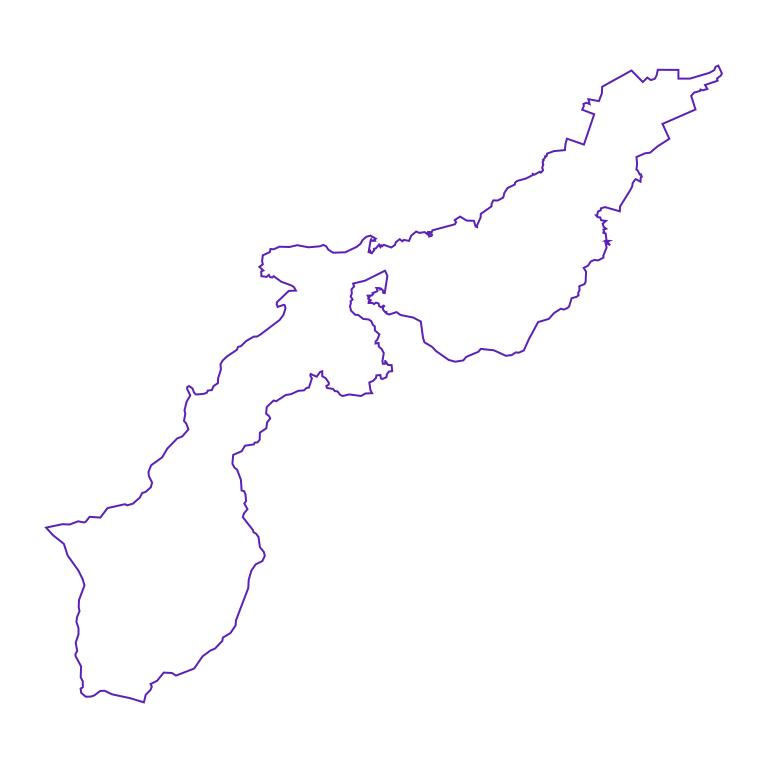 Gura Raului, Sibiu, Romania
{"feature_id": "2599482B41603042595188", "entity_name": "Gura Raului", "entity_type": "district", "adm_level": 2, "iso_a3": "ROU", "parent_name": "Romania", "parent_adm1": "Sibiu", "projection": "mercator", "projection_center": [23.906, 45.675], "detail": "fine", "context": "isolated", "style": "outline", "palette": "violet", "viewbox_px": 768, "rotation_deg": 0, "n_neighbors": 0, "source": "geoboundaries", "source_scale": "gbopen_adm2", "svg_char_len": 6065}
<svg xmlns="http://www.w3.org/2000/svg" viewBox="0 0 768 768"><path d="M46.1,527.6L53.0,535.2L63.9,543.9L67.6,555.4L78.3,570.4L82.6,579.0L84.5,585.4L79.0,600.0L78.7,606.9L79.5,611.2L77.0,617.2L76.4,621.8L78.5,628.1L78.5,634.3L75.7,642.8L77.2,650.8L75.4,654.3L75.6,656.2L81.1,666.4L80.7,677.4L82.8,681.3L82.8,687.3L80.6,688.6L81.2,692.8L85.7,696.7L90.7,696.6L94.2,695.5L100.3,690.9L104.7,690.8L112.0,694.3L130.2,698.2L143.9,702.4L145.7,694.8L150.5,689.9L151.8,686.6L150.6,684.0L157.1,680.8L163.7,672.6L172.0,673.0L176.0,675.6L194.2,668.5L202.5,656.4L210.3,650.6L215.1,648.5L222.3,640.9L222.9,637.6L230.5,633.0L235.6,625.4L236.0,620.3L248.3,588.0L248.7,579.9L251.3,570.8L255.6,564.4L262.4,561.0L264.8,555.9L263.9,552.1L259.9,547.1L258.5,537.0L256.0,533.6L253.5,532.2L252.9,530.0L242.8,517.1L243.9,513.5L247.5,509.2L244.3,503.5L246.1,500.9L245.4,493.9L244.0,491.1L241.6,490.5L240.9,479.7L237.1,469.7L234.4,467.5L232.4,463.8L233.2,454.9L241.7,451.2L245.0,445.7L253.9,444.4L254.7,442.6L257.5,442.4L259.7,439.7L259.9,432.6L266.3,428.3L267.1,422.4L270.2,418.5L269.0,416.0L266.1,413.7L266.8,407.0L273.6,400.5L276.2,401.2L285.8,395.0L291.0,394.2L298.3,390.8L303.9,390.4L306.6,387.9L308.9,387.6L311.9,378.4L310.3,375.8L310.7,374.0L316.7,376.7L320.1,372.0L322.2,371.2L322.3,376.3L325.7,378.2L328.9,382.9L328.7,384.6L326.3,386.1L327.1,388.0L333.0,388.9L334.8,391.1L337.5,391.4L340.1,394.8L342.4,396.0L349.2,394.4L361.0,396.0L365.4,393.5L372.1,393.2L370.5,390.3L369.3,382.5L373.2,380.8L376.0,377.9L376.4,375.4L380.3,375.0L381.0,378.5L382.2,379.0L386.5,377.2L386.9,374.2L389.0,371.5L392.2,371.2L391.6,365.1L388.1,365.0L385.0,360.4L385.4,363.7L382.9,363.8L382.4,361.2L383.8,353.1L381.7,349.1L378.8,346.6L378.6,343.0L375.5,343.5L375.7,341.3L377.3,339.7L379.4,334.4L374.9,330.4L374.8,326.4L372.9,324.9L371.3,321.2L368.7,319.5L363.2,318.9L358.1,314.9L355.2,314.8L351.0,310.6L350.0,306.3L350.9,303.2L350.5,301.4L352.6,299.6L350.7,296.4L351.8,293.6L351.5,289.3L354.1,286.4L353.1,283.6L365.0,280.7L385.0,270.7L387.4,275.8L384.7,293.1L383.2,292.8L382.9,290.3L381.0,288.6L380.1,289.4L379.5,288.1L376.4,288.0L377.6,290.3L377.2,291.3L372.6,293.1L373.2,294.0L371.8,295.5L367.7,295.7L368.3,296.9L369.8,296.5L368.2,298.7L370.7,300.2L370.2,301.5L368.8,301.3L368.6,303.0L372.4,302.9L374.0,304.1L376.0,302.6L378.6,303.5L379.2,306.2L381.3,307.2L383.7,305.6L384.2,306.1L382.7,307.6L383.3,310.0L385.3,312.3L386.4,312.0L386.5,313.5L389.2,314.5L396.6,312.1L400.5,315.0L413.1,317.5L420.8,321.5L423.0,337.6L424.4,342.3L432.0,346.8L436.2,351.2L448.8,360.0L455.3,361.7L463.3,360.4L466.2,356.9L478.3,351.8L480.8,348.9L493.9,350.3L505.9,355.8L511.7,355.1L515.8,352.4L518.8,352.7L523.9,350.4L528.8,339.3L538.1,322.1L548.8,318.9L554.1,313.0L560.9,308.7L563.8,309.6L567.1,308.2L569.1,306.6L571.6,298.2L576.7,296.8L578.6,295.1L578.1,293.3L579.5,290.3L579.3,286.2L584.5,284.1L585.6,282.0L586.1,271.8L583.7,267.9L588.0,265.7L590.9,261.4L594.3,260.0L598.1,260.4L603.5,257.6L603.3,255.8L606.6,247.5L605.5,242.8L610.1,245.1L607.2,241.9L609.2,240.9L605.5,240.7L606.5,240.2L605.7,233.6L602.5,232.5L604.5,232.6L603.4,229.6L606.1,228.7L603.7,226.9L602.7,223.7L606.0,220.9L601.2,220.3L600.2,217.4L597.6,217.1L596.0,215.3L597.2,215.1L598.0,211.6L600.8,210.2L600.8,208.4L605.0,207.1L619.8,211.3L620.1,206.4L630.1,190.4L632.2,186.4L632.6,183.3L634.7,180.1L635.7,179.1L640.5,181.7L640.8,177.2L641.8,176.7L640.9,174.3L639.8,174.6L637.6,170.3L636.4,169.6L637.1,164.0L636.5,157.0L645.1,153.3L650.1,152.7L657.5,146.4L669.3,138.8L662.5,123.9L695.5,109.5L691.2,95.8L694.1,92.6L700.2,90.9L700.5,89.6L703.0,90.3L707.4,88.9L705.0,85.0L717.6,80.7L717.0,78.5L720.8,75.6L721.9,73.5L718.3,65.6L715.6,66.8L714.2,70.2L709.2,72.9L690.0,78.6L678.4,78.6L678.4,69.9L657.8,69.8L656.6,75.4L654.9,78.7L650.9,80.1L647.3,77.6L642.8,82.0L631.5,70.5L602.2,86.7L601.9,93.3L598.9,101.1L588.4,99.2L589.6,104.0L586.3,102.8L583.5,103.9L583.8,106.1L582.2,109.7L594.2,114.3L583.9,144.6L567.0,138.7L565.5,143.9L564.9,150.1L554.0,151.1L547.1,153.6L546.7,155.9L545.0,156.4L545.3,157.4L543.0,159.9L543.6,160.4L542.6,162.2L543.3,164.6L542.2,167.9L543.1,170.0L541.8,171.9L540.7,172.6L539.8,171.7L534.4,174.7L532.8,173.9L532.7,175.1L526.0,178.5L517.0,181.0L515.1,182.7L514.8,184.5L507.5,188.1L504.4,192.8L503.2,197.6L497.7,200.5L493.3,200.4L491.6,203.8L491.5,206.4L480.8,213.9L480.6,217.5L477.1,225.3L477.1,227.1L475.6,226.5L473.9,220.8L466.7,220.6L460.1,216.6L454.7,220.1L456.1,222.1L454.9,224.3L432.4,230.3L431.8,232.1L427.1,232.0L432.0,234.6L431.6,235.9L429.1,236.5L429.0,235.4L424.6,232.1L419.2,232.9L416.2,231.5L411.3,235.6L409.0,240.9L403.8,239.9L402.3,241.3L399.7,239.2L395.8,242.2L395.0,244.9L391.3,247.5L383.7,244.8L382.1,246.3L381.2,245.3L380.3,247.0L379.0,244.6L376.0,248.3L374.0,248.8L374.3,249.9L371.8,253.3L370.8,252.9L370.0,249.8L369.4,252.3L368.6,252.1L370.6,240.6L371.2,239.3L372.1,240.8L375.1,240.8L374.5,239.6L375.8,238.7L370.4,235.6L366.1,236.9L362.4,240.3L360.6,243.7L356.6,246.9L345.2,252.3L333.1,252.7L328.3,249.6L326.1,246.2L323.2,244.9L320.0,246.3L308.5,247.3L297.3,245.2L289.2,247.0L279.4,246.7L273.7,249.3L270.5,249.0L269.8,252.1L262.8,255.3L262.1,261.2L262.8,264.4L259.4,266.8L263.3,270.5L261.2,271.4L261.4,276.2L266.6,276.9L268.8,274.9L270.1,277.2L272.5,277.4L273.7,276.2L281.2,281.7L291.6,285.5L294.1,287.3L295.9,290.6L288.8,290.9L276.9,302.3L276.7,304.5L277.7,306.9L283.8,304.8L284.7,305.2L285.5,308.3L283.4,315.0L279.5,320.1L259.9,334.9L256.9,336.6L253.8,336.6L246.2,341.0L241.0,346.1L237.9,347.0L236.9,349.8L226.9,356.5L222.7,360.5L220.5,364.2L220.9,369.6L218.1,378.4L217.9,383.2L213.6,386.0L211.8,390.1L207.8,390.6L206.7,392.8L203.5,393.9L196.0,394.5L194.0,392.6L192.6,388.6L189.0,386.0L187.1,387.3L187.1,388.9L190.3,395.4L186.6,401.7L184.5,410.4L185.3,413.7L184.0,420.9L186.4,423.8L188.4,429.4L182.3,436.4L177.1,438.5L167.4,448.5L162.2,457.3L151.1,465.3L148.5,471.9L148.9,476.1L152.1,482.7L150.8,487.3L145.6,491.9L142.1,493.1L139.9,497.5L132.9,503.7L127.2,505.3L124.9,504.2L107.5,508.1L100.3,517.6L89.6,516.8L85.7,521.8L84.0,522.5L78.2,521.3L69.7,524.5L62.4,524.2L46.1,527.6Z" fill="none" stroke="#5b21b6" stroke-width="2"/></svg>